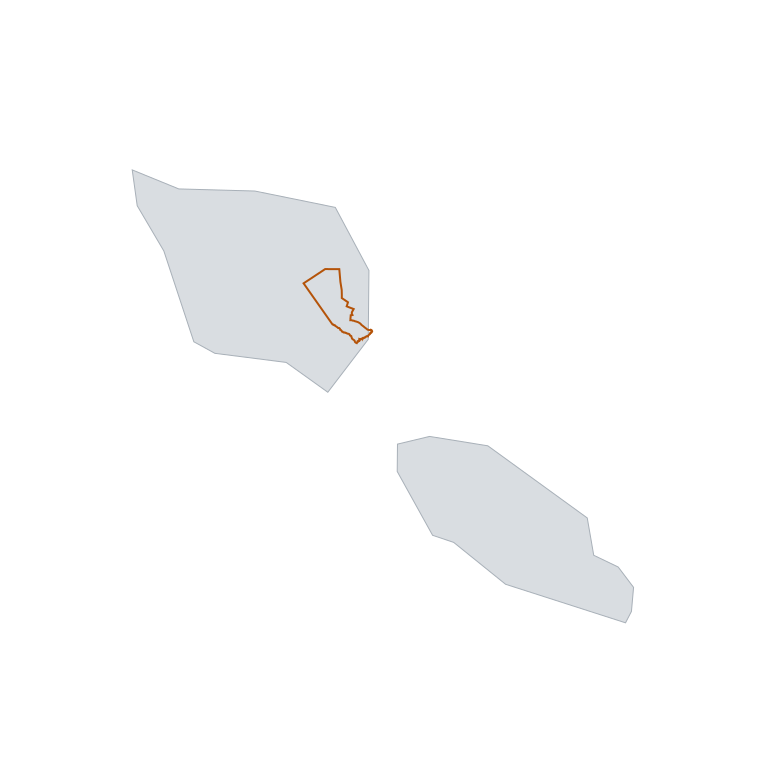 Faasaleleaga II, Fa'asaleleaga, Samoa (highlighted), rotated 18°
{"feature_id": "51752279B41947218323139", "entity_name": "Faasaleleaga II", "entity_type": "district", "adm_level": 2, "iso_a3": "WSM", "parent_name": "Samoa", "parent_adm1": "Fa'asaleleaga", "projection": "robinson", "projection_center": [-172.209, -13.636], "detail": "fine", "context": "in_parent", "style": "outline", "palette": "amber", "viewbox_px": 768, "rotation_deg": 18, "n_neighbors": 0, "source": "geoboundaries", "source_scale": "gbopen_adm2", "svg_char_len": 3262}
<svg xmlns="http://www.w3.org/2000/svg" viewBox="0 0 768 768"><g transform="rotate(18 384 384)"><path d="M283.1,231.1L334.6,280.7L355.2,346.4L333.1,409.2L284.3,393.7L213.7,407.1L190.1,402.6L133.5,325.5L94.2,290.7L78.4,258.2L128.5,261.9L201.5,240.4L283.1,231.1ZM687.5,536.5L561.5,536.9L499.2,513.1L477.0,512.9L423.6,463.1L415.4,437.0L443.5,419.8L501.8,410.7L618.7,448.6L636.4,482.1L663.3,485.7L684.2,500.3L689.6,523.8L687.5,536.5Z" fill="#d9dde1" stroke="#a8b0b8" stroke-width="1"/><path d="M345.0,353.5L345.0,353.2L345.1,352.7L345.2,353.1L345.3,353.3L345.4,353.5L345.5,353.5L345.5,353.3L345.4,353.3L345.3,353.2L345.5,352.8L345.6,352.7L345.8,352.5L345.8,352.1L345.9,351.8L346.0,351.7L345.9,351.5L346.1,351.4L345.7,351.5L345.7,351.4L345.9,351.2L346.2,351.2L346.5,351.3L346.6,351.0L346.8,351.0L347.0,350.9L346.9,350.4L347.0,350.5L347.3,350.4L347.3,350.1L347.5,349.7L347.6,349.4L347.5,349.2L347.4,349.2L347.5,349.0L347.4,348.8L347.5,348.8L347.6,348.5L347.8,348.4L348.2,348.6L348.4,348.6L348.5,348.5L348.6,348.3L348.6,348.0L348.8,347.7L349.0,347.5L349.4,347.2L349.5,346.9L349.7,346.7L349.9,346.6L350.0,346.9L350.1,346.5L350.5,346.5L350.7,346.4L350.9,346.3L351.1,346.2L351.3,346.0L351.3,345.8L351.5,345.7L351.5,345.4L351.6,345.1L351.7,344.9L351.8,344.8L352.1,344.8L352.3,344.6L352.4,344.4L352.6,344.3L352.7,344.0L352.9,344.0L352.9,343.9L353.1,343.8L353.4,343.7L353.5,343.5L353.6,343.4L353.8,343.1L354.0,343.2L354.0,342.9L354.2,342.6L354.3,342.4L354.4,342.1L354.5,341.9L354.6,341.5L354.8,341.3L355.0,341.2L355.2,340.9L355.1,340.7L355.1,340.2L355.1,339.9L355.2,339.5L355.4,339.5L355.4,339.3L355.4,339.2L355.5,338.9L355.8,338.7L356.0,338.7L356.2,338.8L356.3,338.5L356.3,338.3L356.5,337.9L356.5,337.6L356.4,337.4L356.0,337.0L355.7,336.7L355.2,336.5L354.6,336.5L354.5,336.9L353.4,337.2L352.9,337.3L351.5,337.4L350.6,337.0L348.0,336.1L346.8,335.6L345.9,335.3L344.2,334.7L343.7,334.3L342.1,333.6L340.1,333.2L337.7,333.2L337.2,333.3L336.0,333.2L335.6,333.1L335.3,333.2L334.7,333.4L334.3,333.4L333.7,333.3L333.2,333.4L332.3,333.7L332.2,333.2L331.9,332.3L331.7,331.4L331.6,330.9L331.2,329.3L331.1,328.9L331.6,328.7L331.9,328.5L332.3,328.4L332.7,328.1L331.8,327.3L331.4,326.4L331.3,325.5L332.0,322.1L324.5,321.7L324.5,319.8L324.5,317.4L317.3,315.3L316.4,312.4L314.7,307.6L311.0,300.4L306.0,288.6L292.5,292.9L279.6,309.1L276.4,313.1L316.4,343.1L316.8,343.3L317.2,343.3L317.4,343.1L317.7,343.2L318.1,343.5L318.8,343.5L319.0,343.3L319.3,343.4L319.5,343.7L320.0,343.9L320.3,344.0L320.8,344.0L321.1,344.1L321.4,344.2L321.8,344.4L322.2,344.5L322.6,344.7L323.0,344.9L323.3,344.9L323.7,344.7L323.9,344.6L324.3,344.7L324.5,344.9L324.9,345.0L325.1,345.2L325.4,345.5L325.5,345.8L325.6,346.0L326.0,346.0L326.7,346.1L327.0,346.4L327.3,346.6L327.6,346.9L328.1,347.2L328.4,347.0L328.6,347.0L329.1,347.3L329.3,347.4L329.7,347.5L329.9,347.4L330.6,347.1L331.0,347.3L331.4,347.3L331.5,347.1L331.8,347.1L332.6,347.2L333.1,347.3L333.6,347.5L334.0,347.3L335.2,347.2L335.6,347.4L336.1,347.6L336.5,348.3L336.9,348.4L337.5,348.4L338.0,348.5L338.2,349.0L338.3,349.1L338.7,349.4L339.0,349.9L339.3,350.3L339.5,350.7L339.7,350.8L340.3,351.0L340.8,351.2L341.3,351.4L342.0,351.5L342.6,351.8L343.1,352.6L343.3,352.9L343.5,353.0L344.3,353.4L345.0,353.5Z" fill="none" stroke="#b45309" stroke-width="2"/></g></svg>